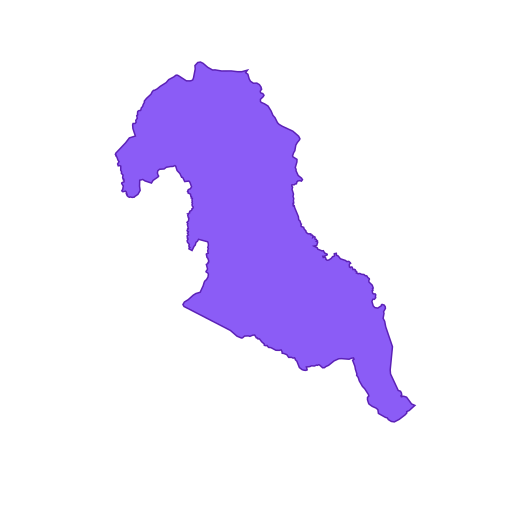 outline of Momax, Zacatecas, Mexico, rotated 251°
{"feature_id": "50627088B46165454846438", "entity_name": "Momax", "entity_type": "district", "adm_level": 2, "iso_a3": "MEX", "parent_name": "Mexico", "parent_adm1": "Zacatecas", "projection": "natural_earth1", "projection_center": [-103.248, 21.945], "detail": "fine", "context": "isolated", "style": "filled", "palette": "violet", "viewbox_px": 512, "rotation_deg": 251, "n_neighbors": 0, "source": "geoboundaries", "source_scale": "gbopen_adm2", "svg_char_len": 6139}
<svg xmlns="http://www.w3.org/2000/svg" viewBox="0 0 512 512"><g transform="rotate(251 256 256)"><path d="M136.4,260.7L133.5,262.6L132.3,264.3L131.6,265.9L131.7,267.3L134.7,267.5L133.9,270.9L134.1,272.8L133.0,275.3L133.1,277.9L132.6,278.5L132.8,279.8L132.4,280.5L128.6,282.6L128.1,284.5L128.7,285.8L129.0,289.0L131.4,295.7L131.9,300.8L131.1,303.5L128.1,310.4L128.3,312.7L127.9,315.0L126.5,315.1L126.0,313.4L119.5,313.6L116.5,313.1L111.6,313.0L110.5,312.3L107.9,313.1L104.3,313.0L98.0,314.2L95.0,315.6L88.5,317.2L86.9,317.1L86.0,315.4L83.8,314.6L80.5,314.5L79.3,314.6L76.0,316.9L73.2,319.9L71.1,321.2L67.3,320.5L61.3,325.8L60.2,327.4L58.2,327.9L55.5,330.1L54.1,332.8L54.9,338.2L57.3,345.4L58.5,347.5L59.8,347.8L60.0,350.5L63.0,357.6L65.5,354.9L73.5,352.4L75.3,350.0L75.6,347.6L76.6,347.5L76.8,348.5L79.1,348.9L81.1,348.6L82.6,346.7L100.7,344.8L104.6,345.8L125.8,355.5L146.9,355.6L152.3,356.4L155.7,355.9L160.0,358.3L161.8,358.5L164.3,361.3L166.0,361.7L167.9,361.2L169.2,359.4L168.9,358.6L168.2,358.4L167.1,354.2L168.5,351.6L170.6,350.6L175.3,350.8L177.0,352.3L177.0,352.8L176.5,353.8L177.6,355.6L178.2,355.5L180.4,356.6L181.4,356.3L182.0,354.6L183.0,354.2L185.4,354.6L185.6,355.5L187.2,355.5L187.5,356.4L190.6,356.4L194.5,354.4L195.8,354.5L197.2,355.7L197.8,355.7L199.2,354.7L200.9,354.4L201.5,353.8L201.8,352.9L203.4,352.0L204.3,349.9L205.7,348.5L206.0,346.7L206.6,346.5L207.2,345.4L208.3,346.1L208.9,345.9L209.5,345.1L210.6,345.4L211.4,344.7L211.6,343.3L214.1,343.3L214.7,342.4L214.3,341.5L215.1,340.8L217.3,341.3L218.1,342.0L218.3,343.1L218.9,343.0L220.7,342.0L221.2,340.0L222.6,339.2L225.9,334.9L229.3,333.7L230.4,332.4L232.4,332.8L232.7,330.8L230.6,330.2L230.3,329.3L230.5,328.3L229.2,326.3L228.5,323.3L228.8,321.9L230.1,321.0L231.1,321.3L232.2,321.0L232.6,320.5L232.7,319.1L233.9,319.1L233.5,320.3L233.9,323.7L234.5,323.9L236.5,321.9L239.1,321.4L239.4,320.0L242.4,316.6L243.8,316.6L246.5,314.0L246.2,316.8L248.7,318.7L249.2,318.8L250.0,318.1L250.0,318.9L250.3,319.0L250.5,318.6L252.1,318.4L252.4,317.5L252.9,317.3L254.6,318.0L255.6,317.1L255.1,315.7L256.4,316.4L257.5,316.0L258.0,314.9L259.1,315.0L260.0,312.6L260.7,311.9L262.5,311.1L263.3,311.4L266.0,310.3L267.6,310.4L269.2,308.4L270.5,308.6L271.3,309.3L271.8,308.9L274.8,309.0L276.4,308.2L279.4,308.9L289.2,308.3L291.1,308.5L291.1,307.6L291.6,307.6L293.6,308.1L293.3,308.5L293.9,309.0L296.3,309.4L298.0,310.4L300.3,310.4L302.3,311.6L307.4,311.8L309.1,313.0L310.6,312.6L311.6,313.2L310.9,315.3L311.4,316.9L311.1,317.7L312.9,319.0L313.3,319.9L313.0,322.0L312.0,323.3L313.0,324.8L314.8,324.4L318.4,322.1L323.5,321.6L324.9,322.1L326.8,321.9L331.6,325.3L334.0,326.2L337.8,323.2L338.8,323.2L341.4,325.2L342.9,327.0L347.8,329.7L349.9,332.1L351.8,335.1L352.6,335.7L355.4,335.3L362.0,331.5L370.2,323.0L373.1,320.6L375.1,319.7L380.6,319.0L383.5,317.8L388.1,317.5L393.9,316.2L397.1,313.6L399.5,311.0L400.7,310.5L402.7,311.2L404.3,314.7L405.4,315.9L407.4,315.3L408.5,313.7L409.7,313.5L410.5,313.7L411.9,315.6L412.2,315.3L413.9,315.8L416.9,315.0L419.2,313.1L420.2,309.8L423.0,307.7L425.7,307.2L430.5,307.5L432.7,305.9L434.5,308.4L434.9,302.5L436.2,298.7L439.1,292.7L442.1,283.8L445.3,277.9L446.0,275.5L450.1,271.8L455.4,268.7L457.5,266.6L457.9,263.9L456.0,260.3L452.6,259.4L444.8,254.9L443.1,253.5L442.9,252.2L443.0,250.7L444.3,247.2L451.6,241.5L452.6,240.5L453.0,239.3L452.8,238.5L452.1,236.6L451.2,230.9L449.2,227.5L447.6,220.7L446.2,217.0L445.7,214.0L446.0,213.0L445.2,211.5L443.1,209.3L440.7,203.8L438.8,200.8L437.7,200.6L435.9,198.6L434.3,197.5L433.4,195.8L431.4,194.5L431.2,193.7L431.6,193.0L431.5,192.0L431.0,191.1L428.7,190.1L428.0,190.1L427.5,188.9L424.9,188.6L423.4,186.5L421.4,186.1L420.7,184.9L421.3,182.9L420.1,182.0L416.5,181.1L408.7,181.0L408.9,174.7L405.4,169.4L399.0,157.1L397.9,156.1L396.8,156.6L396.4,156.1L394.7,156.7L391.6,156.7L389.8,157.2L388.1,155.1L386.1,155.1L385.8,156.6L385.0,157.4L381.2,156.0L379.4,156.3L378.0,155.6L375.8,156.6L373.5,155.4L371.5,155.4L371.7,155.9L370.8,155.9L369.1,155.4L369.0,153.1L368.2,152.6L365.4,153.3L362.5,151.7L361.3,150.3L360.1,151.0L359.8,153.7L358.8,154.2L358.1,154.2L357.6,153.7L356.2,153.7L356.2,154.2L355.0,153.8L353.5,154.6L352.7,155.5L352.7,156.5L351.7,158.0L351.3,160.2L351.7,160.7L352.7,164.4L355.7,167.8L359.9,168.6L365.5,170.7L365.2,173.9L363.1,175.5L359.0,180.9L361.0,183.3L362.6,189.0L363.3,190.0L364.7,189.7L366.6,189.8L368.6,190.9L369.4,193.1L368.2,197.5L369.1,200.1L368.4,204.4L367.7,206.6L367.9,208.7L367.0,209.3L362.5,209.2L358.7,210.9L354.7,211.3L354.5,211.9L353.5,212.4L349.6,212.8L348.7,216.9L347.3,217.5L342.4,217.6L341.0,215.9L340.8,213.6L339.2,212.2L338.6,212.7L337.7,212.3L335.8,214.2L333.7,213.8L333.2,214.3L332.0,213.6L331.2,214.6L329.8,213.7L328.3,213.6L327.7,212.9L326.3,213.0L325.6,212.3L324.2,212.0L323.1,212.5L322.0,212.3L321.4,210.7L320.8,210.7L320.1,209.7L319.8,207.8L318.4,207.3L318.1,205.1L317.5,205.6L316.6,204.7L314.1,204.5L313.7,204.9L311.1,203.5L310.3,201.7L308.7,202.1L308.2,201.4L304.2,201.0L304.1,200.3L303.3,200.3L302.8,199.2L301.7,199.2L301.1,200.0L300.1,199.5L299.9,198.6L297.9,199.0L297.5,197.5L296.1,197.1L295.0,197.4L294.7,196.8L293.8,197.1L292.8,195.8L291.4,195.7L288.6,196.7L287.3,195.7L285.6,196.2L285.4,195.3L284.6,194.9L282.0,197.3L285.4,200.7L286.0,202.0L288.5,203.8L289.0,205.4L290.5,207.1L285.2,214.9L284.0,215.0L281.7,214.5L279.6,213.1L278.6,213.4L276.7,212.0L274.2,211.7L274.1,209.8L273.8,209.6L270.6,209.2L269.5,209.7L267.0,209.7L265.7,209.3L265.6,208.5L264.6,208.1L264.2,206.3L259.8,206.0L259.0,205.6L257.7,203.7L257.0,203.7L255.8,204.8L254.4,205.1L251.8,203.8L249.8,201.5L249.2,199.8L248.2,198.6L245.0,196.3L239.9,191.4L240.1,186.9L239.4,183.9L236.8,177.7L235.8,173.3L233.9,171.1L231.7,171.5L193.9,207.6L186.4,211.9L183.2,215.5L183.0,216.6L184.0,219.1L183.0,222.7L182.0,224.1L182.2,227.1L181.7,229.0L178.4,229.7L178.0,230.7L177.0,230.8L176.5,232.3L172.9,233.5L170.2,235.1L168.8,234.8L167.9,236.3L167.8,237.3L165.5,238.1L164.5,240.3L160.4,244.1L159.2,247.3L159.1,249.1L157.2,249.5L155.5,249.1L154.9,250.4L152.7,253.0L149.5,253.9L148.6,256.6L147.4,257.8L147.2,259.3L146.1,259.6L145.2,259.4L143.2,260.4L136.4,260.7Z" fill="#8b5cf6" stroke="#5b21b6" stroke-width="1.5"/></g></svg>